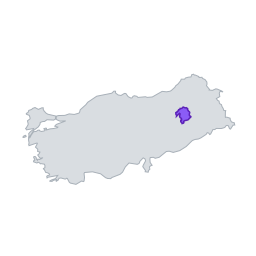 Turkey, with Bingöl highlighted, rotated 342°
{"feature_id": "TUR-2308", "entity_name": "Bingöl", "entity_type": "Province", "adm_level": 1, "iso_a3": "TUR", "parent_name": "Turkey", "parent_adm1": "", "projection": "albers", "projection_center": [40.639, 39.029], "detail": "fine", "context": "in_parent", "style": "filled", "palette": "violet", "viewbox_px": 256, "rotation_deg": 342, "n_neighbors": 0, "source": "natural_earth", "source_scale": "10m", "svg_char_len": 4604}
<svg xmlns="http://www.w3.org/2000/svg" viewBox="0 0 256 256"><g transform="rotate(342 128 128)"><path d="M193.7,98.0L197.0,99.1L198.0,98.2L201.0,98.3L203.7,98.9L205.1,97.0L207.0,97.1L207.4,98.1L208.3,98.4L211.2,100.9L210.9,101.2L211.6,102.1L214.0,102.6L214.2,103.9L216.2,105.7L217.2,108.6L216.7,110.7L215.7,112.0L217.4,116.4L216.9,116.9L219.9,118.3L223.6,117.9L224.8,118.5L228.6,121.8L229.5,123.1L227.0,121.6L225.6,123.0L225.0,126.5L221.1,127.3L221.8,129.5L222.9,130.5L222.6,132.6L222.9,133.4L224.1,134.7L224.0,136.6L224.5,138.6L224.6,141.0L226.3,141.7L225.6,142.8L223.9,147.7L224.1,148.1L225.3,148.2L228.2,150.3L227.8,151.1L228.2,154.1L230.8,156.1L230.4,157.1L230.5,158.1L228.7,157.8L225.2,160.7L224.8,160.6L224.3,159.7L224.1,156.9L223.2,156.2L222.1,156.1L220.2,157.4L218.4,157.4L216.6,157.3L211.8,155.7L210.1,156.3L208.3,155.7L204.8,159.2L203.7,159.5L203.2,157.8L201.9,156.9L200.4,158.2L194.3,159.9L191.5,160.2L188.1,159.6L185.3,159.8L177.6,163.6L170.2,165.5L163.5,165.2L160.0,162.8L157.2,162.2L148.6,165.5L144.5,165.2L143.1,163.7L140.0,163.0L139.2,164.3L138.4,167.7L139.4,170.9L137.6,171.0L136.4,171.6L136.0,174.0L134.3,174.8L133.7,176.2L133.4,176.2L130.8,174.9L131.5,173.8L130.1,169.4L131.0,168.1L134.6,164.7L134.6,162.6L133.2,161.1L128.8,163.5L128.3,164.5L127.3,165.2L125.6,165.4L118.1,161.6L113.4,164.2L109.2,168.3L106.2,169.6L97.4,170.1L95.9,170.8L93.0,169.7L91.3,168.3L87.8,163.1L80.7,158.7L72.9,156.9L72.1,157.8L71.4,161.5L69.8,164.9L69.1,165.2L67.4,164.1L61.1,165.5L56.2,162.6L55.4,161.4L54.7,157.2L54.0,156.8L53.1,157.2L52.3,157.1L48.8,154.8L46.8,154.5L45.4,156.0L43.3,156.5L43.3,156.0L44.2,155.0L41.1,154.7L39.3,155.3L37.2,154.5L37.4,154.1L39.3,153.8L43.5,153.7L46.5,151.4L36.6,150.1L35.6,150.5L35.7,149.1L36.3,148.5L39.0,148.4L39.0,147.2L37.6,145.7L36.0,144.8L35.6,141.7L34.9,140.8L35.0,140.4L36.7,140.1L37.4,138.0L37.3,136.6L34.3,135.0L33.6,135.0L33.0,133.7L31.8,132.7L30.6,133.2L27.7,130.9L28.5,129.7L29.3,129.9L29.6,128.9L29.2,127.1L29.4,126.3L30.1,126.2L30.9,126.5L31.5,127.6L31.3,129.5L32.0,130.8L32.7,129.7L34.1,130.6L36.8,130.4L37.3,129.9L35.4,129.7L34.8,129.1L33.8,125.8L35.5,125.1L36.8,123.7L34.8,122.4L35.6,120.3L34.1,117.6L37.0,114.8L37.0,114.4L36.2,114.1L28.4,114.2L28.5,112.8L29.3,111.7L29.7,108.7L30.3,107.1L31.8,106.8L33.9,104.7L37.1,102.4L40.0,102.9L41.2,102.3L42.9,102.5L43.3,103.6L44.7,104.6L47.4,104.9L48.7,104.3L47.7,102.8L49.3,102.6L50.4,103.1L49.6,104.5L49.9,104.7L53.4,104.7L57.0,105.5L61.0,105.9L61.6,105.5L58.9,103.6L60.9,102.5L61.9,102.4L70.4,102.1L70.5,101.8L65.5,100.5L63.1,98.4L62.5,97.4L63.3,95.1L63.9,94.6L65.8,94.7L71.9,96.5L76.4,96.4L81.1,98.5L85.8,98.7L86.8,98.1L88.2,95.9L95.2,92.8L97.6,91.1L108.1,88.1L123.3,89.9L126.0,88.6L127.5,89.2L127.1,90.2L127.1,91.1L128.8,93.5L131.4,94.9L135.3,94.0L136.6,94.5L137.8,98.2L140.0,100.4L141.1,100.6L142.6,99.4L144.0,99.3L146.2,100.6L146.9,102.0L154.3,103.7L155.7,104.8L160.7,106.0L171.8,103.7L175.8,105.5L179.2,106.0L180.6,105.8L185.1,103.8L186.4,102.6L189.2,101.6L192.7,99.3L193.7,98.0ZM53.6,82.6L53.1,84.2L53.5,86.0L54.7,88.6L56.0,90.1L63.0,94.3L61.6,97.2L59.7,97.5L53.5,95.1L50.7,96.0L48.9,95.5L46.3,95.6L45.3,97.4L43.1,99.2L37.6,101.1L32.2,105.5L30.7,106.0L31.6,104.3L31.8,102.7L34.1,101.3L37.2,100.3L38.1,99.3L30.9,98.4L30.5,96.7L31.2,96.5L34.0,94.0L34.4,92.9L34.6,90.1L37.7,89.0L38.0,88.3L38.0,85.5L35.6,83.5L35.8,82.7L37.8,82.3L39.1,80.6L42.0,80.6L43.4,79.9L45.9,79.8L48.5,82.6L52.2,82.2L53.6,82.6ZM28.4,104.7L25.9,104.8L25.2,104.2L26.1,103.5L28.1,103.2L28.6,104.2L28.4,104.7Z" fill="#d9dde1" stroke="#a8b0b8" stroke-width="1"/><path d="M182.7,126.3L183.2,126.1L183.6,125.5L184.3,125.8L185.3,125.9L186.3,125.5L186.6,125.3L186.9,125.1L187.2,125.3L188.3,126.3L189.1,126.7L189.7,126.7L190.2,127.3L190.7,128.1L190.4,128.6L190.3,128.9L190.5,129.4L190.5,129.5L190.7,129.9L190.6,130.4L190.9,130.8L191.1,131.0L191.4,131.6L191.5,132.2L191.3,132.7L190.6,133.7L190.3,134.8L190.5,135.6L190.7,135.9L190.9,136.0L191.1,136.1L191.2,136.5L191.3,136.8L190.8,137.2L189.5,137.7L188.1,138.6L187.4,138.8L185.5,138.7L185.0,138.6L184.6,138.5L183.5,138.7L182.9,139.0L182.9,139.4L182.9,139.8L182.6,140.3L182.1,140.5L180.8,140.5L180.8,139.9L180.7,139.3L180.1,138.4L180.6,136.9L181.0,137.0L181.3,137.1L181.5,136.7L181.7,136.2L181.7,135.7L181.6,135.2L180.9,134.4L180.6,133.3L180.9,132.3L181.4,131.6L181.9,130.7L181.5,130.0L180.6,130.4L180.3,130.5L177.8,131.8L178.0,131.4L178.1,130.9L177.8,129.9L177.9,129.5L178.0,129.2L178.1,128.5L178.2,128.2L178.8,128.0L179.5,128.1L179.8,127.8L179.9,127.5L180.4,127.3L180.9,127.3L181.4,127.0L181.7,126.3L181.9,126.2L182.4,126.3L182.7,126.3Z" fill="#8b5cf6" stroke="#5b21b6" stroke-width="1.5"/></g></svg>